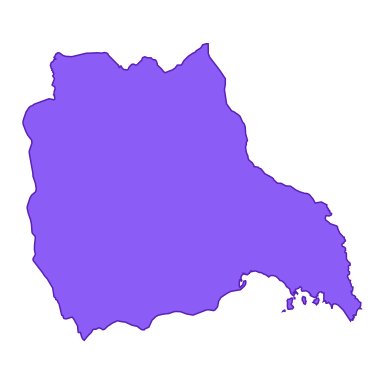 the district of Polewali Mandar, Sulawesi Barat, Indonesia
{"feature_id": "22746128B50766380968306", "entity_name": "Polewali Mandar", "entity_type": "district", "adm_level": 2, "iso_a3": "IDN", "parent_name": "Indonesia", "parent_adm1": "Sulawesi Barat", "projection": "robinson", "projection_center": [119.26, -3.303], "detail": "fine", "context": "isolated", "style": "filled", "palette": "violet", "viewbox_px": 384, "rotation_deg": 0, "n_neighbors": 0, "source": "geoboundaries", "source_scale": "gbopen_adm2", "svg_char_len": 5932}
<svg xmlns="http://www.w3.org/2000/svg" viewBox="0 0 384 384"><path d="M84.3,340.3L87.4,336.4L91.5,332.2L92.8,329.7L93.7,329.2L95.8,329.3L98.8,327.8L101.0,328.4L102.4,329.6L103.6,329.6L104.7,329.1L107.6,326.3L112.7,322.9L117.8,320.7L119.8,321.4L125.4,322.1L131.8,325.1L137.3,326.4L141.5,329.6L144.1,329.9L144.8,329.0L148.8,327.2L152.1,320.1L155.6,316.8L158.1,315.3L163.2,314.1L168.8,313.5L174.4,311.6L177.0,311.5L180.8,311.8L186.4,313.9L193.0,315.1L206.5,309.9L208.9,309.8L213.7,310.6L215.1,309.9L217.6,306.7L218.6,301.3L220.9,297.4L226.9,293.4L230.8,291.4L240.5,289.7L244.2,286.3L245.5,284.4L245.9,282.2L245.6,280.8L243.8,281.2L242.6,285.3L241.6,285.6L240.1,287.5L239.2,286.2L239.4,281.1L240.0,280.1L239.8,279.1L241.2,281.1L241.9,280.7L240.9,278.4L241.1,276.6L242.2,274.8L243.3,274.2L243.3,273.6L243.6,274.0L244.7,273.5L244.8,274.1L245.6,274.5L247.5,274.7L248.7,273.5L249.3,273.4L249.2,273.0L249.8,272.3L251.3,271.7L251.0,271.2L251.1,270.8L252.4,271.5L255.5,270.9L259.4,272.5L261.6,272.7L263.7,274.1L265.5,274.6L268.8,277.0L269.3,276.2L271.2,275.5L273.7,275.6L275.9,276.4L278.1,278.2L279.9,280.4L282.4,281.2L284.9,283.7L286.6,286.6L289.7,289.0L290.7,293.0L292.2,294.9L293.0,295.4L293.7,295.5L294.5,294.5L294.3,293.7L294.7,293.5L293.9,293.1L294.6,293.0L293.9,292.6L294.4,292.4L294.0,292.0L294.4,291.7L295.5,292.1L295.0,292.3L295.3,292.7L296.0,292.4L297.5,294.0L297.7,293.5L296.2,291.9L295.2,290.1L295.6,289.3L298.6,288.3L299.6,287.1L300.7,286.8L301.6,288.1L301.3,289.8L302.1,291.2L306.0,290.8L307.2,291.3L309.0,292.4L309.1,293.0L310.8,294.4L310.2,295.1L311.0,295.9L314.8,297.6L315.6,297.0L316.2,297.1L316.5,296.1L317.9,295.8L317.7,294.5L316.7,294.4L317.3,294.3L319.3,292.2L321.1,291.7L321.7,291.9L321.9,292.7L324.2,293.1L323.8,294.5L323.9,300.5L323.4,301.5L325.2,300.8L326.0,301.8L325.8,302.7L326.1,303.3L327.6,303.1L328.6,302.3L331.0,305.1L332.0,308.9L332.5,305.5L332.3,305.1L333.6,303.9L335.6,303.9L338.1,305.0L343.3,310.1L350.5,321.0L351.1,319.8L352.6,320.2L353.2,319.8L352.6,318.9L352.7,318.4L353.8,318.1L354.3,317.1L353.1,315.6L354.2,314.9L355.3,315.4L356.0,315.1L356.5,311.7L357.8,309.3L358.7,308.6L361.0,308.7L359.7,307.2L360.6,305.8L360.8,302.6L359.2,301.8L357.2,299.0L355.3,298.4L355.6,296.9L354.3,295.6L352.2,294.8L351.8,294.3L351.9,292.8L351.1,292.2L351.0,291.4L352.5,291.0L353.0,287.2L351.7,286.6L351.3,286.0L351.0,284.0L350.1,282.2L350.5,280.5L349.6,280.4L348.8,279.6L347.6,276.9L347.6,275.3L349.3,274.3L349.5,273.6L349.5,271.9L348.3,270.8L348.2,270.0L348.7,268.5L348.4,266.9L348.7,265.7L350.2,265.1L350.0,263.2L347.5,260.8L346.4,258.7L346.4,253.5L346.1,252.8L345.2,252.7L345.0,252.3L345.0,250.9L345.7,250.2L345.4,249.4L345.5,248.2L344.1,247.0L342.3,246.2L341.9,244.9L342.0,244.0L343.8,243.1L344.2,241.8L345.4,241.0L345.4,240.2L344.5,239.2L344.1,237.1L343.3,237.0L339.6,232.9L337.7,228.4L337.5,227.0L336.8,226.0L330.1,223.7L328.9,222.4L325.7,220.1L325.2,218.1L326.1,215.6L329.1,216.0L331.2,215.0L331.7,214.0L331.4,213.3L330.2,213.0L329.6,211.9L329.9,211.1L329.1,210.3L328.6,210.4L328.2,209.7L328.5,209.2L326.6,206.3L326.9,204.9L321.4,202.0L315.1,203.0L313.1,199.1L309.3,194.5L307.1,193.5L304.5,193.3L299.7,191.8L296.1,190.1L290.5,186.2L285.9,185.9L281.1,183.3L277.3,183.2L273.8,179.9L273.4,178.8L272.2,177.7L264.8,173.7L261.1,169.0L258.9,168.0L258.2,167.2L254.0,166.6L253.8,165.3L252.4,162.9L248.8,159.9L248.1,158.2L247.8,155.6L247.1,154.6L246.2,151.5L245.5,147.0L246.4,144.4L246.2,142.6L247.5,140.5L245.6,133.8L245.2,126.8L244.0,123.6L242.6,122.1L240.1,116.5L238.7,115.1L233.8,111.7L231.5,110.8L226.6,103.9L224.4,89.7L225.3,84.5L225.3,78.6L219.8,70.4L209.7,57.2L208.3,53.6L208.2,43.8L206.4,43.7L202.7,44.8L200.7,48.0L196.3,50.7L194.9,52.4L192.9,53.2L188.3,56.3L183.9,60.7L181.5,65.0L177.3,65.1L175.1,68.1L172.6,69.8L165.1,72.7L163.5,71.6L161.6,69.0L157.5,65.2L156.8,62.2L155.9,60.4L155.1,59.8L153.6,59.7L152.3,59.2L151.0,57.8L147.5,57.8L144.9,56.8L143.1,57.4L142.4,58.0L141.7,60.1L136.7,65.0L135.4,65.0L133.6,64.1L131.7,64.4L128.9,67.4L128.3,69.2L127.2,69.9L123.6,69.5L121.8,67.5L121.2,66.1L120.8,66.0L119.4,67.5L118.6,66.5L118.7,65.6L108.5,55.3L107.7,53.6L106.4,52.9L104.5,52.5L101.9,53.1L97.1,52.8L85.9,53.3L71.9,56.7L65.5,56.3L62.9,55.4L59.5,52.9L57.6,52.8L55.8,54.2L55.1,55.9L54.0,57.3L54.4,58.1L55.6,58.5L55.8,59.1L54.2,59.4L52.9,61.6L51.3,62.5L50.4,65.3L51.4,68.6L52.3,69.2L51.8,70.3L52.7,71.0L52.8,72.2L53.5,72.5L53.7,74.5L52.7,75.9L54.5,78.6L52.1,84.8L52.4,85.4L54.5,86.5L55.0,87.8L55.1,89.0L54.2,91.2L54.0,94.0L53.5,94.8L54.5,95.4L54.3,96.3L54.7,97.0L54.6,99.3L53.2,99.9L52.1,99.3L48.9,98.8L34.4,104.1L31.7,106.0L30.4,106.3L28.8,107.8L26.1,111.9L23.6,119.2L23.0,121.6L23.2,124.4L25.7,131.0L27.9,135.4L31.7,140.2L31.9,143.1L29.2,151.2L29.4,153.9L32.9,173.2L33.0,176.3L35.3,183.0L36.3,188.7L35.6,191.8L31.6,195.2L30.0,197.9L27.5,205.6L27.1,208.0L28.2,213.0L30.7,220.3L31.5,224.8L32.0,232.1L32.5,233.5L35.2,236.4L35.3,238.1L34.5,245.3L34.4,249.6L35.4,254.4L33.0,258.8L33.2,260.5L42.8,273.0L44.4,275.6L47.3,278.9L52.7,288.0L54.0,296.6L55.7,298.3L55.8,299.5L57.4,300.5L57.9,302.1L59.1,304.0L61.7,315.1L63.2,316.0L63.2,317.3L64.0,318.5L65.8,318.9L68.3,318.4L70.7,317.4L72.4,317.3L73.9,319.3L77.6,326.0L78.1,332.1L78.6,332.6L80.3,332.4L80.7,332.7L80.6,333.4L81.7,337.0L83.0,339.4L84.3,340.3ZM292.0,298.0L290.6,298.4L290.0,299.1L288.0,299.3L287.1,300.6L287.5,302.2L287.4,306.6L287.9,309.0L288.4,309.3L292.4,308.9L293.5,307.5L293.3,306.7L291.1,304.4L292.0,302.3L292.2,300.1L292.6,299.6L292.6,298.9L292.0,298.0ZM319.0,299.9L318.3,298.3L316.7,298.0L315.7,299.7L314.1,300.2L313.9,301.4L312.9,302.4L315.7,303.6L316.4,304.8L318.1,303.1L319.0,299.9ZM303.1,296.5L302.2,298.0L302.2,300.2L303.2,301.7L303.7,303.5L305.1,304.3L305.6,303.7L305.7,301.8L306.1,301.5L305.5,300.2L305.3,297.4L303.1,296.5ZM284.6,310.7L285.3,309.9L283.3,310.7L282.9,311.3L284.0,310.9L284.8,311.4L285.0,311.2L284.6,310.7ZM295.0,298.0L294.4,297.2L294.0,297.2L294.4,298.8L294.9,298.8L295.0,298.0Z" fill="#8b5cf6" stroke="#5b21b6" stroke-width="1.5"/></svg>